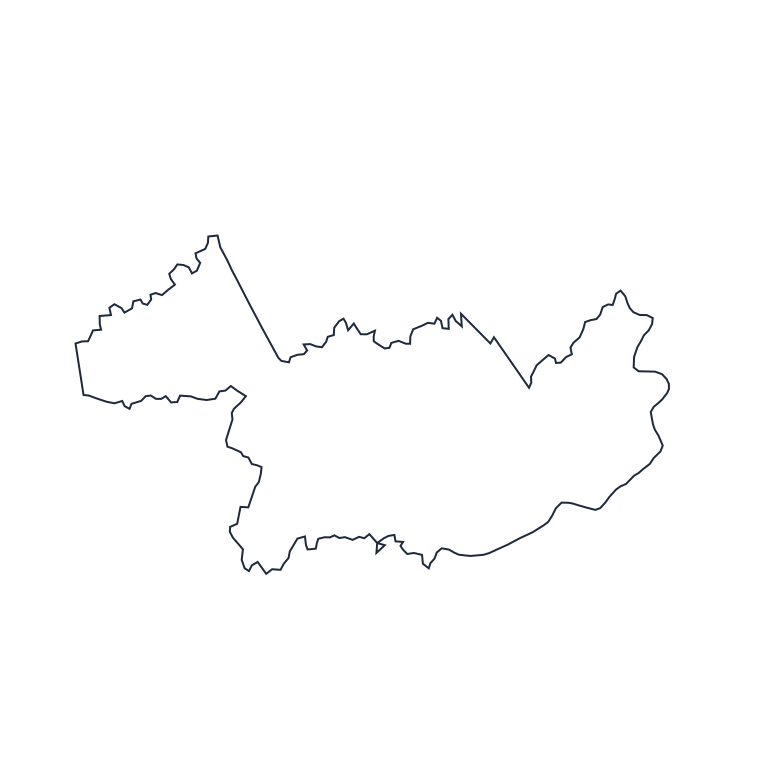 outline of Nova Aurora, Paraná, Brazil, rotated 60°
{"feature_id": "56859067B33155815190139", "entity_name": "Nova Aurora", "entity_type": "district", "adm_level": 2, "iso_a3": "BRA", "parent_name": "Brazil", "parent_adm1": "Paraná", "projection": "orthographic", "projection_center": [-53.289, -24.494], "detail": "fine", "context": "isolated", "style": "outline", "palette": "slate", "viewbox_px": 768, "rotation_deg": 60, "n_neighbors": 0, "source": "geoboundaries", "source_scale": "gbopen_adm2", "svg_char_len": 3610}
<svg xmlns="http://www.w3.org/2000/svg" viewBox="0 0 768 768"><g transform="rotate(60 384 384)"><path d="M177.1,503.2L179.6,508.3L181.2,514.9L186.5,516.1L193.4,515.4L194.4,523.2L196.0,531.8L190.9,536.5L190.0,541.6L194.4,543.4L197.1,549.4L193.7,552.7L189.1,552.7L187.1,559.7L192.5,564.4L192.4,573.1L187.0,573.4L180.1,577.6L180.7,583.7L187.8,586.0L182.9,596.3L190.5,600.4L195.5,601.9L192.1,609.2L196.5,615.3L199.0,619.0L196.1,624.3L194.7,630.9L243.3,649.7L246.5,645.3L252.7,640.2L260.7,633.1L266.0,627.0L267.8,619.2L273.5,619.7L278.3,616.8L274.9,612.6L277.2,602.8L275.4,596.5L277.4,591.7L282.9,588.9L285.5,584.4L285.4,579.1L293.5,577.6L296.2,572.0L292.1,566.4L298.2,557.4L303.6,552.9L309.2,545.6L312.4,537.4L308.1,530.2L310.4,524.7L309.2,517.6L315.7,514.8L325.5,509.7L328.5,517.6L330.4,526.3L333.1,530.4L338.9,532.9L353.5,548.8L360.0,550.9L363.9,547.5L371.6,542.0L376.0,542.0L379.9,538.2L387.2,538.5L391.1,534.4L394.8,531.6L400.3,535.7L406.4,541.5L408.6,546.9L423.0,563.2L418.7,569.7L431.7,581.1L430.8,588.7L434.9,591.4L441.5,591.7L450.3,590.0L456.7,588.9L465.2,595.2L473.9,596.8L478.5,594.5L475.0,589.1L474.9,582.4L489.5,580.9L488.5,573.5L493.2,566.5L489.5,560.6L487.0,553.7L481.9,549.3L474.6,536.3L476.5,528.7L484.5,532.1L489.1,532.9L492.5,525.4L488.1,521.6L485.2,518.3L487.0,512.1L489.8,507.5L490.3,502.6L495.1,499.6L497.1,494.4L503.3,489.1L503.9,482.0L507.7,478.2L506.7,471.7L513.3,470.4L518.3,469.4L517.5,461.1L517.8,456.1L519.9,450.5L526.0,452.7L530.3,446.5L532.5,450.7L537.2,450.3L542.8,448.9L545.3,442.6L551.0,436.5L559.1,440.2L566.0,437.4L562.3,433.3L560.5,427.6L556.3,422.5L555.2,416.2L559.8,410.6L565.3,407.4L569.2,404.6L572.9,399.6L576.2,395.0L581.6,383.4L583.0,377.6L584.1,366.0L585.0,357.0L585.5,342.8L586.2,335.3L586.7,329.5L586.2,316.6L585.6,310.9L582.1,304.2L577.6,297.4L575.5,289.6L578.9,283.9L581.7,280.5L586.0,276.5L592.0,270.7L598.7,263.9L599.6,258.8L597.3,251.5L594.5,245.4L591.4,235.7L590.9,230.1L591.6,224.5L588.4,213.0L588.4,208.2L587.2,201.8L586.1,193.7L583.0,187.5L580.6,178.2L576.7,173.4L566.0,172.1L559.2,172.3L553.8,171.3L549.4,169.8L541.6,167.0L538.6,161.7L537.7,156.2L536.5,150.9L533.3,143.1L530.6,139.6L526.2,137.2L521.0,136.8L514.5,138.3L508.8,143.1L500.3,157.1L494.5,159.5L485.6,153.9L478.7,146.0L475.4,140.0L471.8,134.7L469.9,127.9L466.1,121.8L461.2,118.3L455.7,122.0L452.0,128.1L446.5,132.1L441.2,133.2L435.9,132.7L428.7,131.2L421.4,132.4L421.9,137.9L425.6,141.5L429.9,146.5L427.2,150.0L426.7,156.1L432.0,162.1L434.0,167.5L432.0,173.2L430.9,178.8L436.3,184.1L441.4,191.2L443.0,199.3L445.7,204.3L452.2,206.5L451.7,212.8L453.9,220.2L451.8,224.5L447.4,223.2L441.2,227.0L442.5,234.1L444.1,242.4L448.5,248.9L451.0,252.9L456.5,255.8L459.8,260.3L398.5,265.4L402.1,271.6L361.7,282.2L367.4,285.1L373.0,287.8L365.2,290.4L358.3,290.1L359.9,295.7L368.6,300.4L364.9,305.4L357.8,303.1L353.2,304.9L357.0,310.2L353.0,315.3L352.5,322.3L351.2,331.4L356.0,337.4L362.2,341.3L359.9,345.1L353.9,349.8L352.1,357.1L355.4,361.2L353.5,365.7L346.2,369.5L341.9,371.5L337.7,369.2L333.3,365.2L332.4,374.0L329.2,379.3L321.3,379.8L316.5,379.9L319.5,388.2L312.0,386.4L307.2,386.4L307.2,391.5L310.4,399.0L316.5,403.0L315.0,409.1L318.6,413.1L321.1,419.4L317.5,424.0L312.5,428.0L309.6,433.8L316.5,433.8L318.1,438.4L315.4,444.5L314.1,451.5L317.7,455.5L312.7,461.3L308.5,462.4L274.6,461.6L261.8,461.1L247.9,460.6L217.6,459.1L209.7,458.9L199.0,457.9L183.7,457.4L172.2,453.9L168.4,462.4L173.7,465.9L177.6,471.2L176.6,481.9L181.6,483.6L187.2,482.6L192.3,489.4L192.2,495.0L185.4,494.7L180.7,498.2L177.1,503.2ZM518.3,469.4L526.5,475.0L524.0,463.9L518.3,469.4Z" fill="none" stroke="#1e293b" stroke-width="2"/></g></svg>